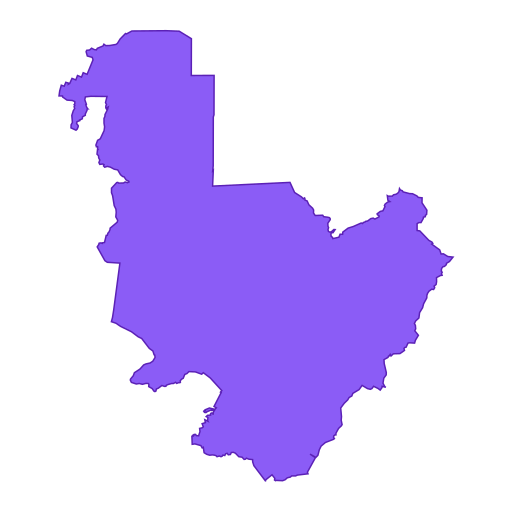 outline of San Juanito de Escobedo, Jalisco, Mexico
{"feature_id": "50627088B12076447392742", "entity_name": "San Juanito de Escobedo", "entity_type": "district", "adm_level": 2, "iso_a3": "MEX", "parent_name": "Mexico", "parent_adm1": "Jalisco", "projection": "albers", "projection_center": [-104.014, 20.814], "detail": "fine", "context": "isolated", "style": "filled", "palette": "violet", "viewbox_px": 512, "rotation_deg": 0, "n_neighbors": 0, "source": "geoboundaries", "source_scale": "gbopen_adm2", "svg_char_len": 6010}
<svg xmlns="http://www.w3.org/2000/svg" viewBox="0 0 512 512"><path d="M443.0,266.7L444.5,266.4L446.3,264.7L446.5,263.3L449.5,261.5L453.0,257.1L447.8,256.5L443.4,253.8L441.1,254.0L439.7,249.9L431.7,244.1L432.8,243.4L432.0,242.1L428.8,240.3L419.8,230.9L417.1,230.5L417.1,223.7L418.8,222.6L421.0,222.6L423.3,218.5L423.4,217.2L425.3,216.7L425.4,215.4L426.6,214.4L426.9,210.2L422.0,202.8L422.1,197.8L418.3,197.4L416.9,195.9L412.5,193.7L409.6,193.6L403.1,191.9L402.3,190.7L400.4,190.0L399.5,188.6L399.0,191.6L397.8,193.1L396.2,194.2L393.5,194.8L392.3,196.1L388.4,196.2L387.3,195.6L387.9,200.3L389.8,201.6L387.8,202.0L385.1,204.1L384.4,205.6L385.0,206.6L382.9,210.8L380.3,211.4L377.1,213.8L377.3,214.6L379.2,216.0L379.1,216.8L375.4,218.8L374.7,219.0L373.2,218.1L370.8,218.6L367.6,221.0L365.5,221.4L365.0,222.0L363.3,222.5L362.6,223.5L361.2,223.0L353.3,226.5L348.1,228.1L342.8,232.1L342.6,234.3L340.1,234.2L338.9,237.2L332.9,238.6L332.5,237.3L331.2,236.4L330.9,234.2L331.3,232.7L333.0,232.7L335.1,229.6L333.9,229.5L331.3,231.8L329.7,232.1L328.4,231.4L328.0,229.5L328.6,227.6L328.0,226.3L327.8,223.3L330.2,219.7L330.1,218.4L329.3,217.6L327.6,217.2L323.7,216.7L322.7,215.2L315.2,215.5L313.5,213.0L313.6,210.0L312.6,208.2L308.9,204.8L307.1,200.9L305.0,200.1L304.8,198.2L304.5,197.9L303.3,198.8L301.5,196.9L294.6,192.5L290.0,182.4L212.6,186.1L213.3,170.2L212.7,170.8L213.2,165.9L213.3,117.0L214.0,114.8L214.1,75.4L191.3,75.5L191.4,38.7L179.2,31.2L166.1,30.7L131.9,31.0L126.5,33.9L125.5,33.5L120.2,38.9L117.4,43.4L116.1,44.4L109.8,45.5L105.8,45.6L103.9,44.2L103.0,46.0L97.3,48.3L96.4,49.9L94.3,49.6L91.6,48.2L89.6,50.0L86.7,50.3L86.1,51.7L87.3,56.0L92.3,57.4L93.0,59.9L87.1,74.3L83.2,72.7L81.5,77.1L77.5,75.5L75.8,79.9L72.0,78.4L69.7,83.5L68.3,84.3L68.5,83.1L65.8,82.3L64.2,86.2L61.3,85.2L59.7,90.9L59.0,95.9L62.5,96.0L62.7,97.1L67.0,100.1L72.3,100.5L74.8,101.6L74.8,103.9L74.1,104.6L74.8,105.7L74.1,106.7L74.7,108.5L73.3,110.7L71.8,115.4L72.4,122.5L71.1,124.8L71.0,127.9L76.0,130.2L77.2,129.1L78.2,126.7L78.2,125.6L76.6,123.5L77.0,121.7L79.8,120.6L79.6,120.0L82.3,118.8L82.5,116.8L85.3,115.3L85.3,114.0L87.0,110.4L87.3,108.4L87.6,108.5L86.7,107.3L85.8,104.7L86.4,104.3L84.8,99.7L85.4,96.9L90.8,96.3L107.0,96.5L105.5,102.6L106.5,104.6L105.8,106.0L105.8,107.9L106.5,109.1L107.2,107.6L108.2,107.0L107.6,109.3L105.0,114.5L104.9,116.5L104.0,118.4L104.0,123.2L104.6,126.8L104.1,130.6L100.6,138.1L100.0,139.0L97.6,140.3L95.9,145.1L96.4,146.8L97.6,146.6L97.7,147.1L97.6,148.9L98.0,149.5L97.5,149.6L97.0,154.2L98.5,155.7L98.7,157.9L99.8,160.0L98.9,162.6L99.8,164.4L102.7,164.0L104.0,164.6L103.5,165.9L104.7,167.2L107.3,166.4L110.3,167.1L114.2,169.2L117.7,169.9L120.5,174.7L122.6,176.5L124.0,176.8L126.2,180.0L128.6,181.1L129.0,181.9L127.5,182.7L125.1,182.0L123.5,183.0L118.7,183.1L117.8,182.4L116.7,182.6L111.5,188.2L111.5,192.7L112.6,195.7L114.2,205.6L115.9,209.1L116.2,212.3L115.8,216.9L117.7,220.3L117.2,222.2L110.1,228.2L110.1,229.4L109.1,231.8L107.9,233.2L107.3,235.3L106.2,235.4L104.5,242.5L102.0,242.9L102.1,243.3L100.2,242.9L99.0,243.3L98.9,244.3L97.2,246.9L104.9,260.7L107.3,262.3L119.9,263.1L113.7,309.9L112.5,317.5L111.4,321.7L115.9,323.2L120.6,326.4L131.4,331.7L138.2,336.8L141.7,338.5L149.3,348.4L152.9,351.0L154.1,354.8L154.7,355.0L155.1,357.4L152.8,361.2L150.1,363.0L146.0,363.9L143.7,364.9L139.9,369.1L134.4,372.7L133.3,375.7L130.5,379.1L130.3,380.1L131.4,382.4L136.3,384.0L139.3,383.5L142.4,384.3L145.9,383.4L148.3,383.5L148.9,384.3L148.7,386.6L152.2,388.6L153.9,391.1L154.9,391.6L155.9,391.1L156.4,389.0L158.3,388.2L161.9,385.5L164.5,386.4L165.9,386.3L166.3,385.3L168.1,384.5L171.6,383.5L173.4,383.5L175.6,382.3L176.7,383.4L178.7,382.6L179.9,382.7L180.4,382.3L180.2,380.8L181.6,379.2L183.2,378.3L184.8,374.4L186.9,373.6L188.9,371.6L195.4,371.9L201.7,374.2L203.3,372.7L210.2,377.9L221.8,390.6L220.5,392.1L221.2,392.5L214.0,406.5L216.3,407.8L214.8,409.3L209.4,408.0L205.1,409.8L205.4,410.7L204.3,410.7L203.7,411.2L204.5,412.4L205.9,412.6L207.5,411.5L211.3,410.0L211.7,410.5L213.5,410.0L214.5,410.3L213.4,411.9L213.1,414.8L212.9,413.0L211.3,413.0L210.5,413.8L210.6,415.1L207.5,415.3L206.2,416.6L207.9,417.5L207.6,420.6L207.9,421.2L204.8,419.7L205.4,422.6L202.1,423.7L203.3,426.8L202.2,427.8L199.6,428.4L200.0,431.5L198.6,435.8L196.3,435.6L195.6,434.4L194.2,434.4L193.1,435.1L193.8,435.5L193.5,436.0L191.9,436.3L192.2,444.3L194.9,443.9L200.9,445.6L202.2,447.9L203.3,447.3L204.1,452.7L206.7,454.3L209.6,455.2L212.5,454.9L214.6,455.2L216.1,455.7L217.0,456.7L219.3,456.0L221.0,456.7L222.4,456.0L222.9,455.1L224.8,455.5L225.6,453.8L227.1,453.3L228.3,454.8L230.4,454.5L231.3,452.5L233.3,452.3L235.4,453.2L238.8,456.7L242.1,457.2L244.1,459.4L245.4,459.2L246.4,458.2L248.9,459.2L252.6,459.6L252.7,462.0L253.9,465.7L265.7,481.3L265.5,480.0L272.0,474.8L274.8,478.3L274.5,480.0L275.5,480.7L276.0,480.4L282.6,480.7L285.2,479.7L287.3,477.8L290.3,477.1L291.7,475.9L295.7,475.9L297.3,475.1L308.0,473.8L307.4,472.2L315.4,457.7L310.0,454.1L315.9,457.4L317.9,455.3L319.3,449.8L321.1,446.1L325.4,442.5L333.8,439.2L334.4,438.4L333.6,437.7L333.7,436.0L334.9,434.9L335.9,434.9L336.0,433.1L338.6,428.4L341.3,425.9L342.1,424.6L341.2,420.2L341.5,416.6L340.7,408.0L344.2,403.3L347.7,399.9L349.1,397.5L351.8,396.0L352.8,393.4L359.1,389.6L362.1,385.4L367.5,388.6L370.3,389.3L371.9,388.6L373.6,386.3L378.1,388.5L380.2,390.1L382.0,387.6L382.1,386.3L385.8,387.3L384.8,386.6L383.0,383.2L383.8,378.2L386.2,374.9L386.3,372.5L384.2,363.5L384.0,359.6L388.0,357.4L388.5,356.1L389.2,356.0L390.2,354.4L391.0,356.0L393.4,353.8L399.9,353.6L402.0,352.2L404.5,350.4L404.0,348.6L404.5,347.6L406.1,347.2L408.0,343.1L409.5,342.8L414.6,343.1L415.4,340.3L418.4,335.3L414.8,330.8L415.7,328.8L415.4,325.4L414.4,323.5L415.7,320.9L418.9,318.0L419.6,312.6L422.6,307.7L423.6,303.8L426.8,297.9L426.9,295.3L427.6,293.3L429.0,291.2L431.7,289.2L433.6,289.5L434.7,287.7L434.1,286.1L436.1,284.5L436.6,281.7L436.5,277.6L440.5,275.5L442.1,275.3L441.5,273.6L442.2,272.2L441.4,271.4L441.4,269.6L441.7,268.3L443.0,266.7Z" fill="#8b5cf6" stroke="#5b21b6" stroke-width="1.5"/></svg>